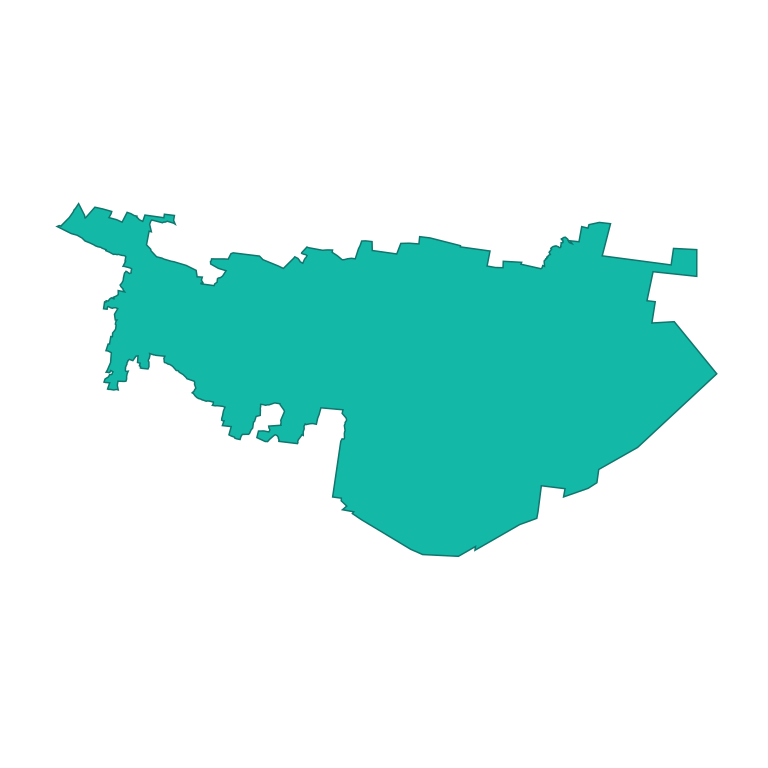 the district of Tekax, Yucatán, Mexico, rotated 272°
{"feature_id": "50627088B47903559300993", "entity_name": "Tekax", "entity_type": "district", "adm_level": 2, "iso_a3": "MEX", "parent_name": "Mexico", "parent_adm1": "Yucatán", "projection": "natural_earth1", "projection_center": [-89.263, 19.978], "detail": "fine", "context": "isolated", "style": "filled", "palette": "teal", "viewbox_px": 768, "rotation_deg": 272, "n_neighbors": 0, "source": "geoboundaries", "source_scale": "gbopen_adm2", "svg_char_len": 6147}
<svg xmlns="http://www.w3.org/2000/svg" viewBox="0 0 768 768"><g transform="rotate(272 384 384)"><path d="M405.8,716.2L456.4,671.9L454.3,649.6L475.7,652.2L476.4,643.9L505.6,649.0L502.5,692.8L529.2,691.9L529.6,668.6L513.0,666.8L519.7,597.6L552.1,604.8L553.0,593.6L550.4,583.3L546.9,582.4L548.2,576.1L533.0,573.9L533.6,565.0L530.8,567.1L531.5,565.0L532.6,563.6L533.5,563.5L533.9,562.8L534.9,562.8L537.0,560.2L536.8,558.8L536.3,557.8L535.6,557.4L535.3,556.2L534.5,556.3L533.8,557.8L532.9,557.7L532.3,558.1L531.4,557.6L531.3,556.1L530.2,556.2L527.8,555.8L527.4,556.1L526.5,555.4L526.5,554.3L527.3,553.3L527.7,551.9L528.0,551.4L527.9,550.0L527.5,549.8L527.4,548.4L526.0,546.5L525.2,546.0L524.6,546.8L521.4,544.4L519.2,545.7L518.6,544.4L517.2,543.1L516.7,543.2L516.4,542.2L515.2,542.4L514.6,541.6L514.7,541.2L513.3,540.6L512.8,539.9L512.0,539.8L507.2,540.3L507.9,538.5L505.5,537.9L504.7,536.8L508.5,516.6L510.4,517.3L510.8,498.9L504.4,498.9L504.3,491.3L505.5,482.9L520.6,485.3L523.7,455.5L524.9,455.6L531.6,424.9L532.5,414.5L525.2,414.0L525.6,404.4L525.1,395.9L514.4,392.2L517.0,367.6L525.9,367.1L526.4,360.6L526.1,356.7L521.5,355.3L518.3,353.8L508.1,350.9L508.5,347.2L507.9,343.3L506.9,340.0L506.7,337.9L510.7,332.7L513.8,327.6L516.1,327.9L516.0,322.3L515.5,317.9L517.6,303.8L518.2,302.2L512.4,297.2L511.7,297.1L511.0,298.9L510.5,301.3L509.6,302.6L507.6,301.6L507.0,300.9L505.6,300.1L501.8,298.6L503.3,295.9L504.6,295.2L506.5,293.6L508.0,290.4L506.6,289.4L496.0,279.4L498.3,274.1L504.0,258.7L507.5,255.1L509.8,228.7L508.9,226.5L503.3,223.9L503.4,220.3L503.0,207.3L501.2,207.1L500.3,206.3L497.9,206.6L493.8,214.4L491.7,222.2L486.2,218.9L484.6,216.8L484.1,214.7L483.4,213.9L479.8,213.6L478.3,211.5L476.4,210.7L477.7,197.7L478.3,197.5L478.9,199.5L481.4,197.9L484.5,198.7L484.6,193.5L491.0,192.3L495.6,182.2L498.9,169.6L499.2,167.3L501.2,159.5L502.0,157.9L503.2,152.3L509.1,146.4L510.5,146.2L514.8,141.8L528.5,143.9L528.0,146.2L535.4,144.2L538.7,145.3L539.8,146.2L537.4,157.0L538.1,158.1L538.2,159.9L539.1,161.7L537.4,168.1L536.5,169.7L540.2,168.0L545.1,168.7L546.0,158.6L542.5,158.2L544.5,139.2L538.1,137.2L539.6,133.8L541.7,131.7L542.0,131.1L543.1,131.3L543.6,128.5L545.4,125.1L546.6,121.3L536.6,116.6L538.9,111.0L540.7,103.3L544.6,105.3L546.9,105.9L549.1,97.0L550.6,88.9L539.6,79.9L539.6,79.3L542.0,78.9L553.6,72.5L548.5,69.4L547.4,68.3L545.1,67.4L539.4,63.7L531.5,56.4L530.6,55.9L531.0,53.9L530.0,51.8L523.4,66.2L522.0,72.1L519.3,77.2L516.5,80.2L514.7,85.2L513.0,89.1L512.0,90.8L511.2,93.2L510.7,96.2L509.9,97.5L508.5,101.6L507.6,101.3L506.2,104.9L504.1,109.1L504.3,111.1L503.9,112.8L504.3,113.9L503.4,117.4L503.2,120.2L502.3,121.5L497.9,120.9L497.7,121.5L492.5,119.1L492.5,120.3L491.2,125.8L490.8,127.0L490.1,127.9L489.7,127.6L487.5,127.3L486.3,127.5L485.5,125.7L487.3,123.1L487.6,122.2L487.0,121.9L485.8,120.8L481.1,119.9L478.3,119.7L475.8,118.5L473.7,116.8L472.1,117.7L469.9,119.9L469.2,119.9L467.0,121.6L468.1,115.1L464.1,115.3L462.7,113.6L461.2,110.5L460.3,111.2L459.7,111.1L460.6,108.5L459.3,106.8L457.3,105.5L457.5,103.4L456.2,103.2L456.3,101.9L449.4,101.1L449.1,104.7L450.8,104.9L451.8,105.4L451.7,106.1L450.7,108.0L450.2,110.0L450.7,111.0L450.9,113.2L450.0,115.3L444.3,112.2L438.6,113.2L438.6,114.9L437.3,114.0L435.4,113.5L434.2,113.5L433.9,114.0L433.4,114.2L429.8,113.9L428.5,113.3L425.5,111.0L421.8,110.9L421.9,109.3L414.4,108.3L414.3,106.9L407.6,105.0L407.4,106.9L405.8,110.4L395.9,110.0L388.4,107.1L386.1,105.9L386.1,107.3L385.7,108.8L385.9,109.5L388.0,110.5L386.7,112.7L384.0,111.6L383.7,109.4L381.5,108.4L379.3,105.1L377.5,104.5L376.1,104.1L375.8,105.7L375.6,109.8L369.3,107.9L369.0,109.1L369.1,110.2L368.6,114.1L369.2,116.8L368.8,118.6L373.4,117.5L377.5,118.0L377.5,124.2L377.8,126.0L379.9,126.6L382.6,126.5L385.1,126.9L387.9,127.9L387.6,126.4L387.7,125.7L388.2,125.2L389.0,125.0L391.0,125.2L391.5,125.0L394.9,126.4L396.5,126.4L397.3,127.1L398.2,127.1L399.7,128.6L398.6,132.2L403.2,135.2L403.5,137.2L396.9,136.9L396.3,139.5L395.6,139.5L393.7,138.9L393.0,140.1L391.5,140.0L391.2,141.4L390.8,147.6L393.1,148.5L397.8,148.3L398.7,147.6L400.1,147.8L401.4,148.5L404.6,149.1L406.3,148.7L405.1,152.7L405.3,152.8L404.7,154.9L404.1,164.0L401.8,163.1L400.0,163.5L398.9,163.5L397.8,163.9L397.5,165.5L396.4,167.3L396.0,169.3L394.8,171.4L393.5,173.0L393.1,173.2L392.4,174.0L390.5,175.6L390.2,176.3L390.2,177.7L388.6,179.0L386.5,182.8L383.7,185.9L382.4,186.9L380.2,194.1L378.9,194.8L377.3,194.6L373.3,196.1L371.6,194.9L370.5,194.6L368.5,192.6L367.9,193.8L365.6,195.6L363.9,197.5L362.8,199.7L362.8,200.8L361.7,202.9L361.5,204.2L360.8,206.1L360.6,207.0L360.9,208.2L360.8,210.2L360.2,212.8L360.0,214.1L358.3,214.0L356.7,213.2L356.3,216.1L356.5,217.9L356.1,223.3L355.3,225.9L351.6,224.5L346.5,223.7L344.2,223.1L342.2,223.0L341.5,224.5L341.6,225.4L336.8,223.9L336.1,232.8L327.8,230.8L326.8,232.9L325.6,236.4L324.7,236.8L324.1,238.5L323.5,242.1L326.6,242.9L328.7,244.2L329.0,250.4L329.9,251.3L333.5,252.8L335.4,254.3L341.4,254.9L342.0,255.9L347.1,257.3L348.3,261.4L353.7,261.4L355.4,261.2L356.9,261.5L359.4,261.4L359.1,264.4L358.6,266.3L359.2,268.6L359.1,269.7L361.3,275.5L360.6,280.8L359.7,280.9L354.5,284.9L353.0,285.5L344.2,282.1L341.6,282.5L340.2,282.2L339.2,282.5L337.9,270.2L336.0,270.6L334.2,271.6L332.1,270.6L332.9,265.6L332.6,260.2L326.0,258.8L322.4,267.2L322.4,269.7L324.6,271.5L328.1,275.2L329.4,276.8L329.4,277.4L328.6,279.1L326.9,280.3L326.1,280.3L324.0,281.2L323.5,280.8L323.0,280.9L321.4,299.6L322.3,300.0L324.0,299.8L325.4,300.4L329.1,303.0L330.4,303.6L329.8,305.1L333.3,304.9L336.4,305.8L339.0,305.5L341.3,306.6L340.7,307.5L341.7,311.4L342.0,314.2L341.4,317.8L347.5,318.9L351.2,320.2L358.0,321.8L356.8,343.9L353.2,343.2L348.7,347.3L347.1,347.8L346.2,347.8L344.3,346.5L343.2,346.6L341.2,345.8L335.8,346.8L335.3,346.4L333.2,346.1L328.6,346.4L327.9,346.1L327.5,345.7L327.7,344.0L325.2,342.8L269.3,336.6L268.4,345.4L265.8,345.3L260.7,351.0L256.9,346.9L255.2,358.2L253.4,356.9L247.6,366.2L219.7,416.5L214.9,428.6L214.4,464.4L224.8,481.1L221.0,480.7L248.2,524.4L255.1,541.4L262.0,542.4L287.8,544.8L285.7,568.6L277.4,567.4L286.9,591.7L292.8,600.2L306.1,601.6L329.5,639.7L405.8,716.2Z" fill="#14b8a6" stroke="#0f766e" stroke-width="1.5"/></g></svg>